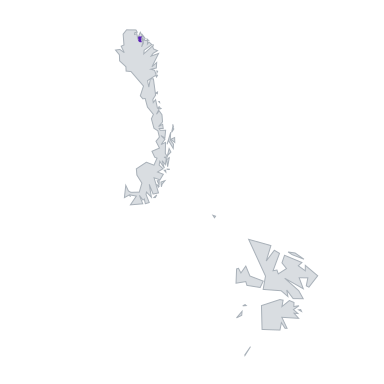 location of Etne nor, Hordaland, Norway, rotated 139°
{"feature_id": "86288312B21434642963", "entity_name": "Etne nor", "entity_type": "district", "adm_level": 2, "iso_a3": "NOR", "parent_name": "Norway", "parent_adm1": "Hordaland", "projection": "mercator", "projection_center": [6.058, 59.799], "detail": "fine", "context": "in_parent", "style": "filled", "palette": "violet", "viewbox_px": 384, "rotation_deg": 139, "n_neighbors": 0, "source": "geoboundaries", "source_scale": "gbopen_adm2", "svg_char_len": 4913}
<svg xmlns="http://www.w3.org/2000/svg" viewBox="0 0 384 384"><g transform="rotate(139 192 192)"><path d="M203.1,237.2L196.2,240.5L197.3,242.7L195.5,249.0L187.7,246.5L185.9,253.9L180.6,254.8L177.6,260.6L178.9,265.0L174.6,273.9L170.2,275.9L169.9,285.3L166.0,293.3L168.0,294.6L167.9,298.5L159.1,303.8L159.0,322.9L162.4,326.5L159.7,329.9L160.6,338.4L156.8,343.2L156.6,349.3L152.9,346.9L151.7,341.6L149.8,348.5L146.9,347.6L140.4,356.3L135.0,357.3L128.0,351.1L128.5,348.5L130.7,349.8L132.0,348.6L129.8,347.7L132.2,343.5L126.2,346.5L127.0,342.7L131.3,341.1L129.0,340.7L130.9,337.2L134.9,334.6L131.0,336.2L126.3,342.8L126.6,338.6L128.8,338.3L126.2,335.2L128.6,332.9L126.1,333.4L125.6,329.6L135.1,330.4L137.8,327.9L126.1,328.1L127.2,325.2L125.3,321.3L130.3,322.2L133.7,321.4L126.3,318.5L140.1,312.8L133.7,312.9L137.6,309.0L142.5,311.6L140.4,308.3L142.3,303.8L152.5,305.2L155.8,299.5L149.2,304.7L146.9,302.7L155.9,289.0L160.7,287.6L162.6,284.9L158.9,285.6L163.1,277.9L162.0,276.3L167.8,274.0L163.5,274.8L164.0,270.0L168.2,264.3L174.3,263.3L169.7,262.4L172.1,258.8L175.1,261.5L175.5,259.4L171.4,255.9L177.0,250.6L178.4,255.0L177.9,249.5L184.2,248.1L179.4,246.8L186.8,238.7L187.5,234.5L190.3,236.6L189.2,234.3L194.2,230.1L194.0,235.2L197.2,228.2L196.2,236.3L199.1,233.9L198.6,228.6L204.9,229.7L202.0,224.2L208.2,222.2L211.3,227.6L217.9,213.3L222.7,216.0L219.2,225.9L226.1,214.7L226.4,221.8L228.3,220.3L231.2,212.1L234.9,213.8L232.6,218.0L234.3,218.1L233.9,224.0L236.9,215.4L246.9,222.7L236.7,225.4L241.0,230.9L246.7,232.1L237.6,240.5L239.3,234.5L238.4,231.9L231.9,226.5L224.0,231.6L222.5,240.9L218.8,246.0L206.9,244.4L203.1,237.2ZM178.1,38.5L185.6,45.2L184.8,55.9L188.2,50.2L189.5,59.0L202.2,71.8L191.7,80.3L180.3,119.1L167.6,99.8L181.3,91.2L168.1,94.0L166.2,88.3L182.5,79.4L179.1,77.4L180.6,73.6L170.9,72.2L170.6,79.5L163.7,83.5L155.3,66.7L160.2,66.6L158.2,58.2L154.6,62.3L152.1,46.3L166.2,43.5L167.3,46.2L160.9,51.2L167.4,57.0L171.5,46.0L178.6,66.1L176.2,47.5L178.1,38.5ZM194.4,26.7L206.4,38.5L209.7,26.8L211.2,28.1L210.2,34.8L216.2,30.1L229.3,42.3L214.1,60.7L196.3,53.2L194.2,50.6L199.3,46.5L189.7,46.2L187.5,41.7L190.3,38.8L185.9,36.0L192.6,36.7L191.8,30.8L194.5,33.6L194.4,26.7ZM203.2,75.2L211.8,85.5L210.2,89.1L218.6,94.3L208.8,104.7L207.0,103.9L208.2,98.8L200.0,100.8L203.4,90.6L196.7,78.0L203.2,75.2ZM175.9,246.4L179.5,244.4L168.8,251.1L174.2,245.7L174.6,240.2L177.6,237.2L175.9,246.4ZM181.7,236.0L186.7,235.5L180.8,239.8L181.7,236.0ZM186.6,232.8L193.8,227.1L190.0,233.1L186.6,232.8ZM151.6,67.8L157.5,79.0L158.8,83.7L154.2,78.3L151.6,67.8ZM172.5,240.7L173.4,245.7L169.4,244.5L172.5,240.7ZM211.7,216.0L208.9,219.9L205.0,218.3L209.5,217.5L211.7,216.0ZM212.2,218.9L210.9,223.3L209.3,222.1L212.2,218.9ZM164.4,251.5L168.2,250.4L164.0,253.6L164.4,251.5ZM259.0,34.4L249.3,36.9L259.3,33.9L259.0,34.4ZM235.4,66.3L241.0,67.8L232.5,69.1L235.4,66.3ZM220.5,212.9L223.4,211.9L224.4,212.8L220.5,212.9ZM214.2,217.7L213.5,220.1L212.8,218.0L214.2,217.7ZM198.7,224.2L198.7,226.6L197.6,225.8L198.7,224.2ZM191.9,157.8L191.5,160.7L190.1,158.3L191.9,157.8ZM228.4,72.8L225.8,72.2L225.6,70.7L228.4,72.8ZM153.7,288.9L154.5,290.5L152.4,290.1L153.7,288.9ZM193.8,223.7L195.3,224.6L196.1,226.0L193.8,223.7ZM187.7,30.0L188.8,33.1L187.1,32.0L187.7,30.0ZM143.3,302.7L141.0,302.9L143.4,302.0L143.3,302.7ZM140.0,305.1L139.1,306.4L138.7,305.7L140.0,305.1ZM163.4,254.0L162.1,255.7L163.5,252.9L163.4,254.0ZM125.8,335.8L125.6,337.6L125.4,335.2L125.8,335.8ZM161.0,276.6L160.5,275.3L161.2,275.4L161.0,276.6ZM241.6,228.7L241.3,230.6L241.2,230.2L241.6,228.7ZM161.7,277.8L160.3,278.1L161.9,277.5L161.7,277.8ZM157.7,280.8L157.8,282.0L157.2,281.6L157.7,280.8ZM125.2,328.0L124.7,329.1L124.8,328.2L125.2,328.0Z" fill="#d9dde1" stroke="#a8b0b8" stroke-width="1"/><path d="M132.7,340.9L132.7,340.7L132.6,340.4L132.6,340.2L132.5,339.9L132.4,339.9L132.3,339.6L132.2,339.6L131.8,339.2L131.7,339.4L131.7,339.5L131.7,339.8L131.5,340.1L131.4,340.2L131.3,340.3L131.3,340.5L131.2,340.5L130.9,340.7L130.8,340.8L130.9,341.0L131.0,341.2L131.0,341.3L131.0,341.2L131.3,341.1L131.3,340.9L131.5,340.9L131.8,340.8L131.9,340.7L132.0,340.6L131.9,340.7L131.9,340.8L131.6,340.9L131.6,341.0L131.4,341.0L131.2,341.3L130.9,341.4L130.9,341.5L130.8,341.8L130.7,341.8L130.4,341.8L130.2,341.8L130.3,341.8L130.2,341.9L130.1,341.7L129.9,341.5L130.0,341.6L130.0,341.8L129.9,341.9L129.7,341.9L129.6,342.0L129.4,342.1L129.4,342.3L129.3,342.5L129.5,342.6L129.8,342.5L129.8,342.4L130.0,342.4L129.9,342.4L130.0,342.4L130.0,342.5L130.0,342.4L130.0,342.5L130.0,342.4L130.0,342.5L129.9,342.5L130.0,342.5L129.9,342.5L129.7,342.7L129.4,342.7L129.5,342.8L129.8,342.9L129.8,343.0L130.1,343.1L130.1,343.3L130.3,343.3L130.3,343.2L130.5,343.2L130.8,343.3L130.9,343.2L130.9,343.3L131.1,343.2L131.1,342.9L131.2,342.7L131.3,342.6L131.3,342.4L131.5,342.2L131.5,341.9L131.6,341.7L131.8,341.5L131.8,341.4L132.3,341.4L132.3,341.2L132.5,341.1L132.7,340.9Z" fill="#8b5cf6" stroke="#5b21b6" stroke-width="1.5"/></g></svg>